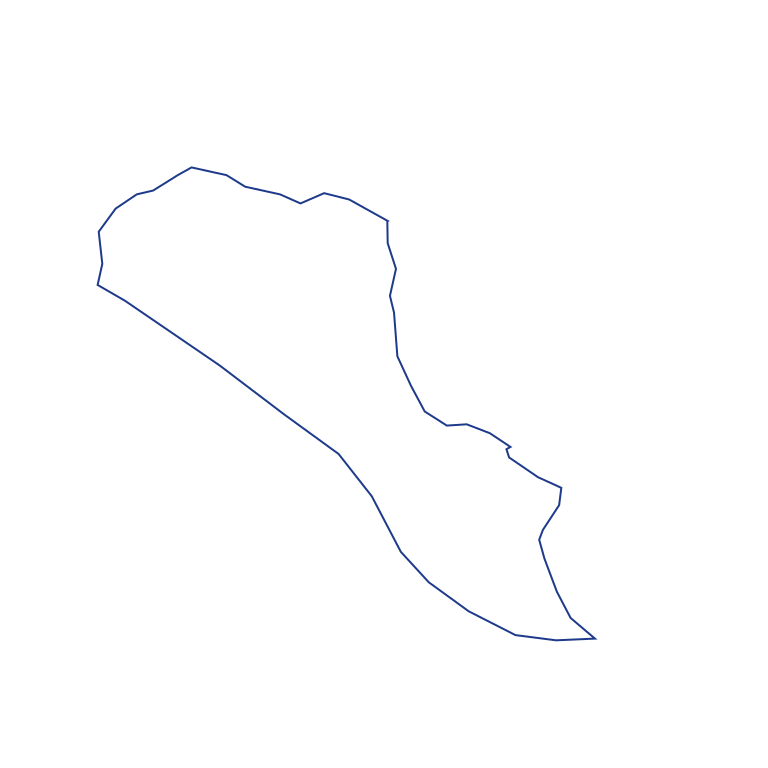 outline of Ystad, Skåne, Sweden, rotated 36°
{"feature_id": "70781695B99189289928954", "entity_name": "Ystad", "entity_type": "district", "adm_level": 2, "iso_a3": "SWE", "parent_name": "Sweden", "parent_adm1": "Skåne", "projection": "natural_earth1", "projection_center": [13.95, 55.495], "detail": "fine", "context": "isolated", "style": "outline", "palette": "blue", "viewbox_px": 768, "rotation_deg": 36, "n_neighbors": 0, "source": "geoboundaries", "source_scale": "gbopen_adm2", "svg_char_len": 758}
<svg xmlns="http://www.w3.org/2000/svg" viewBox="0 0 768 768"><g transform="rotate(36 384 384)"><path d="M523.3,360.6L498.6,361.6L474.6,368.0L459.3,380.7L433.1,382.3L406.9,369.6L378.5,353.7L350.1,320.3L337.0,309.2L326.0,283.8L304.2,267.9L291.1,250.5L291.3,249.9L247.4,255.2L223.4,264.8L210.3,287.0L188.4,291.7L155.7,306.0L133.8,307.6L122.2,312.7L101.0,321.9L94.4,336.2L83.5,363.2L72.5,375.9L63.8,399.8L63.7,428.5L85.5,452.4L94.1,472.2L125.5,468.9L240.1,465.6L321.0,467.3L388.4,467.3L440.1,482.0L496.3,509.9L536.8,518.1L586.2,518.1L637.9,509.9L673.9,490.2L704.3,466.0L672.5,463.6L645.9,450.4L616.5,431.0L601.1,418.8L598.3,408.6L596.9,379.1L588.5,363.8L563.3,368.9L528.4,369.9L521.4,364.8L523.3,360.6Z" fill="none" stroke="#1e3a8a" stroke-width="2"/></g></svg>